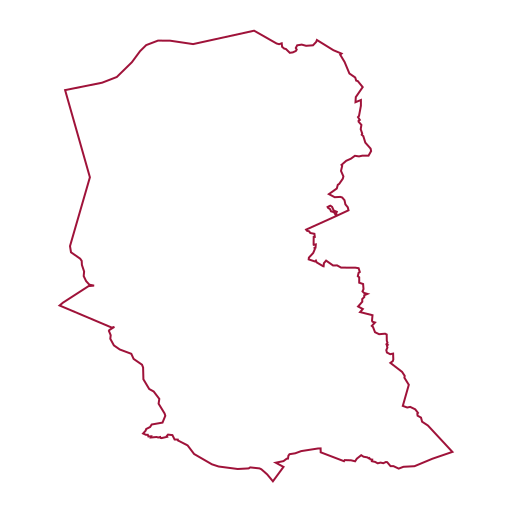 outline of Athlone Lea-5, Westmeath, Ireland
{"feature_id": "5873133B82984950591493", "entity_name": "Athlone Lea-5", "entity_type": "district", "adm_level": 2, "iso_a3": "IRL", "parent_name": "Ireland", "parent_adm1": "Westmeath", "projection": "natural_earth1", "projection_center": [-7.834, 53.445], "detail": "fine", "context": "isolated", "style": "outline", "palette": "rose", "viewbox_px": 512, "rotation_deg": 0, "n_neighbors": 0, "source": "geoboundaries", "source_scale": "gbopen_adm2", "svg_char_len": 3387}
<svg xmlns="http://www.w3.org/2000/svg" viewBox="0 0 512 512"><path d="M452.4,451.9L427.9,425.5L422.1,421.7L421.0,417.6L417.6,415.7L417.3,413.8L418.0,412.9L415.2,409.3L410.2,406.9L407.2,407.5L402.8,405.9L408.8,384.8L404.4,377.7L404.7,375.9L402.1,371.9L390.4,362.9L392.8,361.1L393.3,359.5L393.1,353.6L390.2,354.2L386.9,352.5L386.3,350.1L387.4,347.6L386.9,345.6L387.7,344.9L386.5,344.1L387.5,342.8L386.8,340.8L386.7,334.5L385.1,333.7L379.1,334.2L375.0,332.2L373.0,327.0L371.8,325.9L375.0,322.5L372.6,321.8L372.0,320.8L372.5,315.2L360.1,312.1L362.8,309.0L358.1,306.5L362.3,301.7L362.2,299.1L364.3,297.0L364.2,295.3L367.4,293.9L364.0,292.9L362.5,291.4L363.5,289.1L363.1,284.0L359.2,282.7L359.2,277.3L357.8,276.2L358.6,272.8L359.8,272.0L358.6,268.2L355.5,267.7L341.1,267.6L337.1,265.4L333.1,265.5L326.1,260.6L323.9,263.2L323.6,266.3L323.1,266.2L316.7,262.4L315.9,260.6L315.0,261.5L308.7,259.4L308.9,257.6L313.2,253.0L314.8,249.2L314.5,248.0L315.5,247.7L315.8,244.4L313.7,244.8L313.6,244.4L313.7,237.0L314.8,236.9L314.4,233.8L310.3,233.0L309.2,231.4L306.9,230.7L306.1,229.6L336.3,216.0L334.0,212.2L331.0,211.3L330.1,209.2L328.0,207.8L327.6,207.0L329.7,205.9L330.4,205.7L332.1,206.9L333.7,210.5L336.8,211.8L336.1,213.5L336.9,215.7L348.5,210.3L347.8,207.3L345.4,204.4L344.5,200.2L342.2,197.5L340.4,196.9L334.7,197.2L328.9,194.1L336.8,188.5L337.8,184.8L339.2,183.9L342.8,178.7L343.4,176.4L341.0,170.9L342.2,165.8L341.5,164.9L346.2,160.8L350.9,158.7L354.9,155.8L359.0,156.4L362.2,155.7L368.5,155.7L371.1,151.1L370.6,148.6L365.3,142.6L363.3,136.1L361.7,134.7L362.2,133.5L360.7,129.2L361.4,124.9L358.6,121.7L358.6,120.7L359.8,119.9L358.0,117.1L359.0,115.9L360.9,105.8L360.9,100.0L355.5,102.2L355.8,97.1L362.7,87.1L357.8,81.1L356.2,80.6L355.2,77.5L349.4,73.5L344.6,62.0L340.2,54.7L341.5,53.6L333.4,50.2L316.9,40.0L316.2,41.9L313.0,45.3L306.1,45.8L301.7,44.6L297.2,45.3L295.8,48.0L296.7,49.6L295.8,51.0L292.8,52.4L289.8,52.8L285.9,49.0L284.2,48.6L282.1,46.8L281.7,43.3L279.1,44.2L276.6,43.5L254.1,30.7L193.1,44.1L170.2,40.7L158.0,40.6L146.2,45.1L140.1,51.1L131.9,62.2L116.8,77.0L102.1,82.7L65.1,90.1L89.9,177.3L70.0,246.1L71.0,252.3L80.2,258.7L81.7,260.9L81.9,264.9L84.1,271.5L83.7,276.1L86.1,281.1L89.4,284.7L94.1,285.6L88.6,286.1L62.9,302.7L59.6,305.5L111.8,327.6L114.4,326.9L109.4,330.0L108.9,330.9L110.7,335.2L110.3,338.8L113.9,345.4L119.8,349.5L131.3,353.8L133.6,358.9L142.0,364.7L143.1,367.5L143.4,379.3L149.2,389.0L153.7,391.5L159.3,398.9L158.6,403.7L164.6,413.5L165.3,415.8L162.5,422.6L151.7,424.5L150.1,427.0L146.2,429.0L145.6,430.7L143.1,433.5L145.9,434.8L147.8,434.8L148.4,436.5L151.2,436.3L150.8,437.5L156.6,437.0L158.2,437.5L160.2,437.0L160.5,437.9L161.5,438.1L167.2,436.8L166.8,436.0L168.0,434.6L172.4,435.1L174.6,439.5L177.8,439.6L178.0,440.5L187.6,445.4L194.1,454.0L211.9,464.3L218.6,466.5L237.7,469.0L248.7,468.4L250.2,467.4L259.5,468.4L261.4,469.3L267.2,474.4L272.9,481.3L283.5,466.9L275.8,462.7L283.5,461.1L286.7,458.7L288.0,458.6L288.4,455.7L289.5,454.2L295.2,453.3L301.2,451.1L317.9,448.5L320.6,448.4L320.7,452.3L344.0,461.2L344.7,460.1L351.1,460.3L355.1,461.3L356.8,458.7L361.2,455.2L363.5,456.7L367.4,457.4L368.7,458.3L369.3,458.0L370.4,459.4L372.2,459.6L371.9,461.2L375.1,461.9L377.7,463.3L380.6,462.6L383.3,463.2L385.9,462.0L387.2,462.2L390.5,466.1L393.4,466.1L398.7,468.6L403.4,466.8L414.5,466.2L432.5,458.7L452.4,451.9Z" fill="none" stroke="#9f1239" stroke-width="2"/></svg>